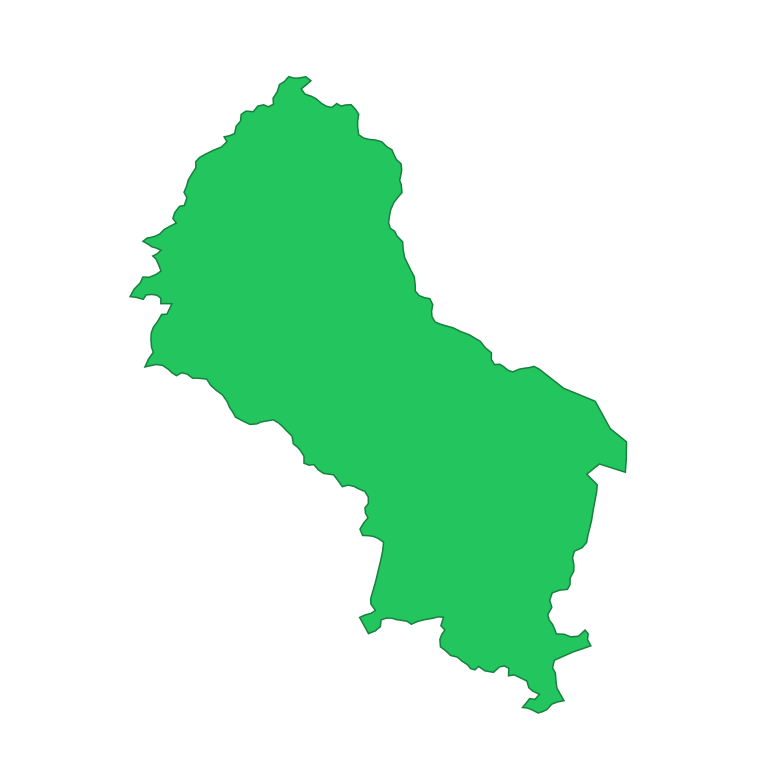 outline of Orleans, Santa Catarina, Brazil, rotated 16°
{"feature_id": "56859067B52517514114560", "entity_name": "Orleans", "entity_type": "district", "adm_level": 2, "iso_a3": "BRA", "parent_name": "Brazil", "parent_adm1": "Santa Catarina", "projection": "robinson", "projection_center": [-49.38, -28.28], "detail": "fine", "context": "isolated", "style": "filled", "palette": "green", "viewbox_px": 768, "rotation_deg": 16, "n_neighbors": 0, "source": "geoboundaries", "source_scale": "gbopen_adm2", "svg_char_len": 4022}
<svg xmlns="http://www.w3.org/2000/svg" viewBox="0 0 768 768"><g transform="rotate(16 384 384)"><path d="M149.5,433.5L154.9,430.5L159.4,428.2L165.8,427.1L172.9,429.4L177.4,431.8L182.2,433.2L186.3,429.0L192.2,428.7L198.3,431.2L202.6,429.9L207.5,429.0L212.3,428.2L217.7,433.0L224.4,436.3L231.9,439.0L238.5,444.6L242.0,449.1L245.7,452.1L250.5,456.8L258.5,458.5L266.3,459.8L272.5,457.5L276.5,454.3L282.2,451.5L287.4,449.0L293.4,450.5L298.3,452.9L303.6,456.0L309.9,459.4L313.4,466.6L318.2,468.5L322.0,471.0L327.0,475.5L328.9,482.2L334.3,482.7L338.7,480.8L344.6,484.7L350.5,486.6L355.5,485.9L360.5,485.2L365.6,488.9L372.3,494.2L377.3,491.1L383.4,490.7L389.4,491.9L395.1,492.5L400.0,496.9L401.9,503.3L399.8,508.3L401.9,513.4L405.5,517.0L402.7,523.4L400.9,530.1L405.2,535.5L410.4,534.2L415.6,533.4L420.7,534.0L427.2,536.2L428.7,544.7L429.4,553.4L430.4,576.7L430.4,594.1L432.0,599.1L438.1,604.0L434.6,608.2L429.8,611.0L424.9,615.1L437.9,628.2L443.6,623.8L447.4,618.2L446.2,611.6L451.0,608.3L456.1,606.9L460.5,607.1L465.2,606.5L471.6,605.7L476.5,607.4L481.7,603.0L487.9,599.4L495.0,596.0L500.3,592.9L505.5,591.8L505.3,600.7L510.4,603.8L508.6,608.5L508.1,614.1L510.7,621.1L516.8,623.4L522.8,626.6L529.8,626.3L535.3,628.9L542.0,631.0L545.7,633.7L550.2,633.7L552.8,629.4L559.9,631.9L568.7,631.0L573.0,624.1L577.5,621.8L582.3,622.9L584.1,630.2L589.4,627.7L596.5,628.9L603.3,630.2L606.9,636.0L611.9,638.3L619.0,639.4L616.1,645.5L610.7,646.3L608.7,651.3L606.3,656.8L611.3,655.9L617.2,656.6L622.8,657.8L626.8,655.2L630.4,652.0L633.4,645.6L638.6,641.7L644.3,638.8L639.3,633.9L634.1,628.8L631.1,621.8L628.4,614.6L624.2,610.2L623.9,602.6L639.4,589.6L655.0,578.7L650.1,573.7L649.1,567.8L645.1,565.1L640.5,572.8L633.2,575.6L626.3,574.9L618.5,576.7L615.6,572.6L612.1,568.5L607.9,565.4L605.0,560.6L606.9,552.5L602.9,546.1L603.3,538.4L609.8,533.7L616.9,530.9L618.1,525.5L616.4,519.1L618.0,511.7L616.4,505.5L613.1,499.1L613.1,492.3L619.5,486.8L622.4,480.5L621.7,473.0L621.2,458.5L619.8,447.0L618.1,429.0L616.7,422.0L608.6,417.6L603.8,414.8L613.1,401.5L640.3,402.3L637.6,389.3L633.1,372.8L613.7,364.5L591.8,342.4L557.9,338.6L529.0,326.9L523.3,325.7L519.0,328.3L514.3,330.3L510.0,332.4L504.4,336.9L499.3,336.6L494.3,334.4L489.7,333.1L484.9,334.9L480.4,330.8L478.7,324.4L471.1,321.1L464.8,316.4L458.6,314.9L452.9,313.3L448.6,312.9L443.0,312.4L435.3,311.0L429.0,311.0L423.0,311.0L416.2,310.4L411.6,306.1L409.7,301.0L409.0,294.3L404.5,289.3L399.3,289.9L393.3,289.3L388.4,286.0L386.8,280.5L383.6,272.6L378.7,267.6L374.4,262.8L369.0,256.8L365.3,249.3L362.8,242.3L355.6,238.1L352.1,234.2L347.1,232.6L344.0,227.8L342.9,220.7L342.4,214.2L343.5,206.7L346.1,200.3L348.5,195.0L345.7,187.8L342.9,183.9L342.6,178.8L342.0,173.3L339.6,167.5L334.1,164.9L330.6,161.1L327.0,156.6L321.5,155.3L315.2,151.8L308.5,151.8L302.3,153.0L296.7,153.2L291.0,151.4L287.9,144.4L286.2,138.6L285.4,131.9L281.4,128.2L275.5,124.6L270.3,126.3L266.0,128.7L261.3,127.4L257.5,132.6L252.1,132.9L246.6,131.5L240.0,128.5L234.7,127.4L228.1,127.1L223.1,123.2L226.9,117.7L230.2,112.7L224.1,110.2L217.6,113.5L212.9,114.8L207.7,114.8L205.0,120.5L201.0,124.9L200.8,132.7L198.6,139.9L200.6,145.5L196.5,149.4L191.3,148.8L186.1,151.6L183.3,158.3L176.1,159.7L172.4,164.2L173.6,170.8L170.8,177.0L171.4,184.4L166.9,188.0L162.2,190.5L166.2,194.4L162.6,200.8L155.5,206.4L149.0,212.3L144.2,217.2L141.8,222.1L143.5,228.1L141.6,234.5L139.6,242.0L139.7,248.4L138.9,254.8L143.2,259.3L142.8,267.4L138.5,269.6L135.6,276.8L135.4,283.0L139.9,286.6L134.5,291.6L130.0,296.2L127.2,301.5L123.8,304.6L120.0,307.1L115.9,309.1L113.0,313.3L117.9,314.4L123.1,316.1L127.8,316.1L132.8,316.9L130.1,321.3L126.4,324.7L130.4,326.7L134.8,331.9L138.5,336.9L134.5,341.7L129.0,346.1L122.7,347.7L121.8,354.1L117.7,361.6L115.8,370.0L121.8,369.0L129.2,369.0L130.9,363.9L136.2,361.9L141.3,361.2L145.9,363.1L147.3,368.3L151.8,367.0L158.0,365.3L157.0,371.2L156.1,376.7L151.1,378.4L149.2,386.2L146.6,393.2L146.2,398.9L147.7,405.6L150.4,412.7L153.5,417.1L150.7,425.1L149.5,433.5Z" fill="#22c55e" stroke="#15803d" stroke-width="1.5"/></g></svg>